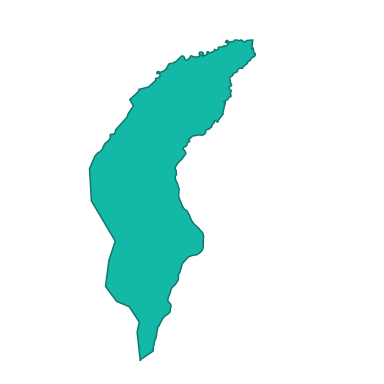 the district of Santa Catarina Quioquitani, Oaxaca, Mexico, rotated 62°
{"feature_id": "50627088B43254077601516", "entity_name": "Santa Catarina Quioquitani", "entity_type": "district", "adm_level": 2, "iso_a3": "MEX", "parent_name": "Mexico", "parent_adm1": "Oaxaca", "projection": "robinson", "projection_center": [-96.284, 16.318], "detail": "fine", "context": "isolated", "style": "filled", "palette": "teal", "viewbox_px": 384, "rotation_deg": 62, "n_neighbors": 0, "source": "geoboundaries", "source_scale": "gbopen_adm2", "svg_char_len": 5733}
<svg xmlns="http://www.w3.org/2000/svg" viewBox="0 0 384 384"><g transform="rotate(62 192 192)"><path d="M84.9,70.2L83.9,72.5L84.3,74.1L84.5,75.2L80.8,77.0L80.9,78.4L79.8,80.1L79.1,80.9L77.9,82.5L78.5,84.2L77.5,88.2L76.0,89.4L74.7,89.5L74.6,90.5L74.6,91.0L74.9,91.4L75.1,91.7L75.3,92.0L75.6,92.1L76.3,91.7L76.5,91.5L76.5,91.1L76.7,90.7L77.9,90.3L78.2,90.3L78.6,90.7L78.8,91.2L79.0,92.0L78.8,94.5L78.0,94.9L77.9,95.5L78.0,96.5L78.0,97.3L77.7,98.0L77.1,99.4L76.9,99.7L76.7,100.1L76.7,100.6L76.9,100.9L77.2,101.3L77.5,101.5L78.0,101.8L78.3,102.1L78.2,104.0L77.9,104.3L77.6,104.7L76.7,104.9L76.8,105.3L77.2,105.5L77.6,105.9L78.0,106.0L77.7,111.1L77.3,111.3L76.4,111.6L75.6,112.0L75.5,112.8L75.5,113.2L75.7,113.3L76.2,113.5L76.6,113.6L77.1,113.7L77.5,113.6L77.2,118.8L76.5,118.9L76.1,119.0L75.8,118.7L75.7,118.2L75.7,117.7L75.5,117.3L75.2,117.0L74.5,116.8L74.2,116.9L73.8,117.1L73.3,117.6L72.7,118.1L72.7,118.5L72.2,119.5L72.5,120.0L72.9,120.3L73.3,120.6L73.5,120.9L74.5,121.1L74.9,120.9L75.2,120.9L75.5,121.3L75.6,121.9L75.7,122.7L75.5,123.4L75.2,124.0L74.7,124.9L74.5,125.3L74.2,125.9L73.8,126.5L73.6,126.8L73.3,127.4L73.0,127.7L72.6,127.8L72.2,128.0L71.8,128.2L71.6,128.5L71.4,128.8L71.4,129.3L71.5,129.5L71.6,129.9L71.9,130.2L72.1,130.5L72.5,130.9L72.6,131.6L72.7,132.2L73.0,133.4L73.2,134.2L73.2,134.7L73.1,135.2L72.7,135.5L72.2,135.9L71.6,136.0L71.2,135.9L70.8,135.7L70.3,135.5L69.9,135.5L69.4,135.6L68.6,135.7L68.0,135.9L67.6,136.4L67.3,136.8L67.1,137.5L67.3,138.2L67.6,139.1L67.8,140.1L68.4,141.2L68.5,142.6L69.1,143.6L69.2,144.7L69.2,147.6L69.1,149.1L68.9,150.0L68.5,150.6L68.1,151.2L68.1,151.8L68.3,152.7L69.0,153.7L69.7,154.7L70.3,155.5L71.2,157.1L71.4,157.9L71.8,159.2L71.9,160.9L71.8,162.1L71.7,162.5L71.5,163.2L71.6,163.6L71.1,164.1L70.2,164.8L69.8,165.3L69.6,165.8L69.6,166.3L69.9,166.8L70.4,167.1L71.0,167.2L71.3,166.5L71.8,165.7L72.2,165.1L73.2,165.2L74.2,165.5L74.7,165.9L75.4,168.5L75.0,169.8L74.7,170.6L75.0,171.2L75.7,171.3L76.3,171.5L78.9,180.9L76.5,190.7L77.4,190.8L79.0,195.0L81.1,203.5L88.5,203.4L92.6,211.2L95.6,214.6L101.1,229.9L104.3,233.0L102.9,237.2L103.8,237.8L104.3,238.0L105.1,238.3L106.3,239.1L106.6,240.1L107.1,240.8L107.6,242.7L107.9,243.9L108.3,245.8L108.9,247.2L109.6,247.9L110.9,249.8L112.2,251.1L112.8,252.9L113.3,254.7L113.2,257.0L113.8,258.2L114.9,261.1L117.4,264.0L119.7,267.3L121.5,269.2L123.0,271.4L152.7,285.0L199.3,282.8L213.4,297.5L234.8,312.7L253.2,309.9L263.7,301.3L282.1,299.6L289.9,306.2L316.9,317.0L315.8,315.9L314.2,301.0L309.6,298.0L309.0,297.1L307.4,296.1L306.1,295.1L304.6,293.2L302.6,291.1L300.4,289.7L297.4,287.3L296.6,286.4L295.5,286.2L294.9,284.3L293.3,282.1L292.5,281.0L292.0,280.1L290.4,278.2L289.4,275.7L289.0,274.6L288.6,272.4L288.3,269.7L287.8,268.2L286.4,266.7L285.5,266.3L284.1,265.3L283.5,264.3L281.1,263.5L280.2,263.9L279.3,263.9L277.0,264.4L275.7,263.8L274.8,263.2L273.2,261.6L272.2,260.1L270.6,258.5L267.7,255.8L266.6,253.3L266.1,251.0L265.2,249.0L263.6,246.0L260.9,243.8L259.2,243.4L257.2,240.5L255.5,239.0L254.1,237.1L252.4,235.9L250.9,234.4L249.9,232.1L248.5,228.1L247.7,225.9L247.8,224.1L248.1,222.0L248.7,219.7L249.7,217.4L249.5,215.5L249.2,213.0L248.6,211.1L247.6,209.6L246.4,208.2L242.8,206.3L241.1,205.2L238.7,204.1L237.4,203.0L235.7,202.3L234.0,201.8L232.7,201.8L230.5,202.3L229.2,202.8L227.7,202.9L226.4,203.5L224.7,203.9L223.2,204.5L221.3,205.2L218.9,205.5L217.8,205.7L214.9,205.7L212.2,205.3L211.2,205.1L208.2,205.3L206.4,205.2L204.5,206.3L203.3,206.8L200.3,207.1L197.7,206.9L194.0,206.4L192.3,206.4L190.1,205.9L188.7,205.5L187.3,204.4L185.9,203.7L185.0,203.1L182.8,201.7L180.9,201.7L178.7,201.1L176.9,200.8L175.2,200.9L173.9,200.8L171.4,199.9L170.4,199.6L169.6,198.0L169.4,197.5L167.7,196.9L165.6,195.9L163.6,196.0L163.5,195.9L162.3,195.0L160.3,191.8L159.1,188.7L158.3,185.5L157.5,184.1L156.0,180.8L155.4,179.6L154.7,179.1L153.5,179.1L151.5,179.1L150.4,179.6L149.3,179.4L148.8,178.8L148.7,178.2L148.7,175.8L148.4,174.6L148.0,174.3L146.7,173.2L146.2,172.0L146.4,170.6L145.6,169.9L144.1,170.3L143.7,170.2L143.7,169.2L143.7,168.3L143.3,167.0L142.9,164.5L143.6,163.3L144.1,161.4L144.6,160.0L145.2,158.3L146.2,157.2L146.6,156.4L146.9,154.4L146.7,153.2L145.8,152.1L144.4,151.1L143.9,150.2L144.1,148.9L144.4,147.4L144.1,145.9L143.8,144.4L143.3,143.5L142.7,143.1L142.0,142.8L141.6,142.2L141.7,141.6L141.7,141.1L141.5,140.6L141.4,140.2L141.2,139.9L140.8,139.7L140.1,139.3L139.7,138.7L139.7,138.4L139.8,138.0L140.3,137.7L140.9,137.4L141.9,137.0L142.2,136.6L142.3,136.3L142.0,135.8L141.6,135.6L141.0,135.2L140.7,134.4L140.4,133.7L140.0,132.9L139.7,132.2L138.9,130.4L138.2,129.3L137.9,128.0L137.2,127.6L136.1,127.4L135.4,126.7L134.4,125.5L132.9,124.4L131.4,123.1L129.6,121.2L128.7,120.6L127.9,120.9L127.5,121.5L127.1,121.3L127.0,121.0L127.2,120.3L127.3,119.6L127.2,118.5L126.9,117.1L126.7,116.2L125.9,115.2L125.8,114.4L126.0,113.4L126.0,112.9L125.6,112.4L124.8,112.1L123.5,112.0L122.6,111.7L122.3,111.0L121.8,110.4L121.1,109.8L120.1,109.9L119.2,110.4L118.2,110.8L117.3,110.5L116.9,109.7L116.8,108.5L116.6,107.5L116.0,106.7L114.9,106.6L114.0,106.9L113.1,106.7L112.6,106.2L111.9,105.9L110.5,105.8L110.0,105.7L109.2,105.1L108.7,104.4L108.3,103.4L108.3,102.6L108.3,101.9L107.9,101.0L107.4,100.1L107.0,99.8L106.7,99.0L106.9,97.6L107.1,96.0L106.8,95.4L106.2,94.7L105.4,94.1L105.0,93.0L105.1,91.8L105.7,90.7L106.2,90.1L106.4,89.5L106.2,88.8L105.8,88.2L105.2,87.4L105.1,87.0L105.2,86.3L105.0,85.5L104.7,84.7L104.6,84.4L104.6,83.8L104.6,83.3L104.6,82.9L104.6,82.7L104.2,82.4L103.5,81.8L103.1,81.0L103.0,80.4L103.2,79.4L103.1,78.8L102.7,78.3L102.3,77.3L101.8,76.8L101.6,76.5L101.6,76.0L101.6,75.1L101.7,74.2L101.6,73.1L101.3,72.6L100.6,71.6L99.3,71.2L98.6,71.9L93.7,70.5L93.7,71.9L90.6,69.9L86.3,67.0L84.9,70.2Z" fill="#14b8a6" stroke="#0f766e" stroke-width="1.5"/></g></svg>